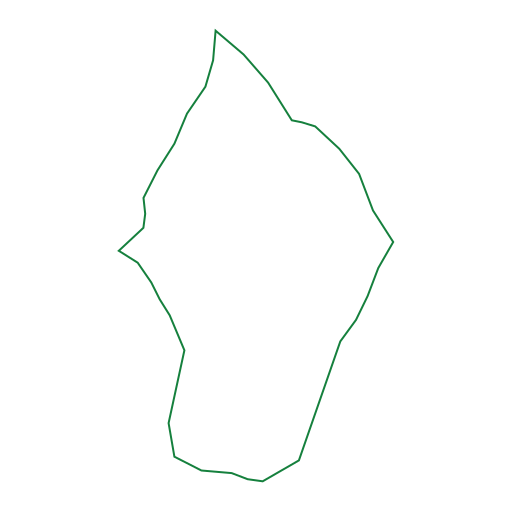 outline of Kaliro
{"feature_id": "UGA-3071", "entity_name": "Kaliro", "entity_type": "County", "adm_level": 1, "iso_a3": "UGA", "parent_name": "Uganda", "parent_adm1": "", "projection": "robinson", "projection_center": [33.471, 1.074], "detail": "fine", "context": "isolated", "style": "outline", "palette": "green", "viewbox_px": 512, "rotation_deg": 0, "n_neighbors": 0, "source": "natural_earth", "source_scale": "10m", "svg_char_len": 554}
<svg xmlns="http://www.w3.org/2000/svg" viewBox="0 0 512 512"><path d="M298.9,460.4L262.7,481.3L247.6,479.2L231.7,473.1L201.4,470.5L174.4,456.7L168.6,423.1L184.4,350.3L169.7,315.3L159.7,299.3L151.3,282.5L137.7,262.7L118.8,250.8L143.4,227.8L145.2,213.8L143.5,197.9L157.5,170.3L174.4,143.7L187.0,113.6L205.4,86.7L213.1,60.3L215.6,30.7L243.6,54.5L268.1,82.6L291.8,120.3L301.8,122.3L315.2,126.4L339.3,148.8L359.1,173.9L373.0,210.5L393.2,242.0L378.3,268.0L367.6,296.1L356.0,319.9L340.3,341.4L298.9,460.4Z" fill="none" stroke="#15803d" stroke-width="2"/></svg>